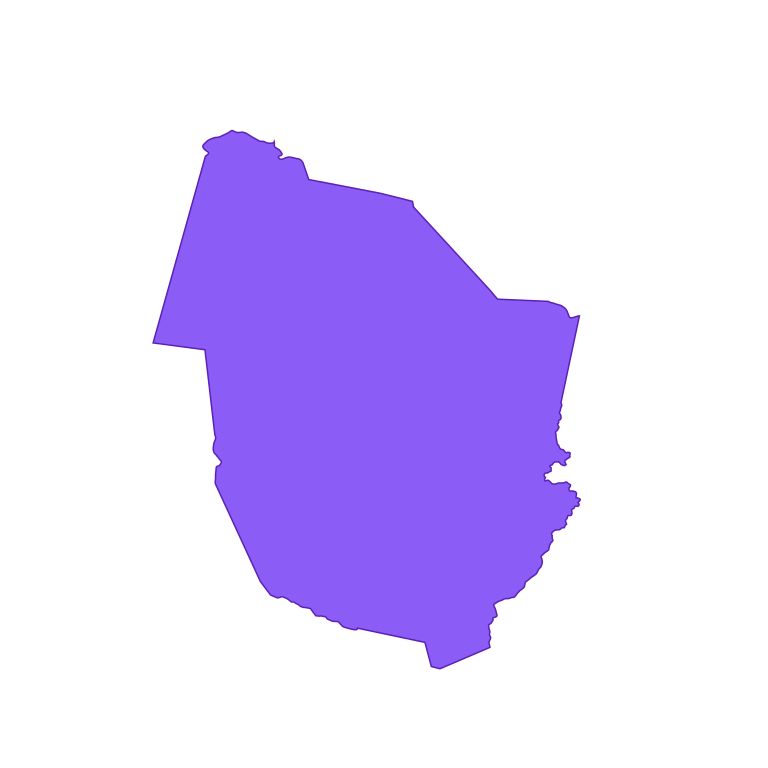 San Juan de Flores, Francisco Morazán, Honduras (Robinson projection), rotated 72°
{"feature_id": "27666195B42566611093852", "entity_name": "San Juan de Flores", "entity_type": "district", "adm_level": 2, "iso_a3": "HND", "parent_name": "Honduras", "parent_adm1": "Francisco Morazán", "projection": "robinson", "projection_center": [-86.926, 14.309], "detail": "fine", "context": "isolated", "style": "filled", "palette": "violet", "viewbox_px": 768, "rotation_deg": 72, "n_neighbors": 0, "source": "geoboundaries", "source_scale": "gbopen_adm2", "svg_char_len": 6115}
<svg xmlns="http://www.w3.org/2000/svg" viewBox="0 0 768 768"><g transform="rotate(72 384 384)"><path d="M667.3,426.3L672.1,418.8L667.2,364.6L665.8,364.4L663.4,364.3L662.5,364.1L661.0,363.2L658.7,361.1L657.5,360.9L655.8,361.1L654.5,361.1L654.1,360.9L653.3,360.2L652.1,359.8L648.2,359.6L646.8,359.2L645.7,359.1L645.3,358.6L644.7,356.1L644.0,355.5L642.5,353.5L642.0,353.1L640.6,353.0L640.4,352.9L640.2,352.8L640.1,351.8L640.1,350.3L640.0,349.5L639.7,348.6L639.4,348.2L639.2,348.1L637.9,347.9L635.5,347.8L633.0,347.6L631.6,347.7L629.5,348.0L628.2,348.0L627.6,347.8L626.2,342.5L626.1,341.1L626.0,337.8L625.7,337.1L625.6,336.3L625.8,334.4L626.4,332.6L626.6,331.6L626.5,328.5L626.6,327.8L627.0,326.8L627.0,326.3L626.8,325.7L626.1,324.3L624.6,322.3L622.5,318.7L621.8,316.4L621.2,314.8L620.6,313.6L620.0,313.0L617.1,311.4L616.4,310.9L616.1,310.6L614.6,306.4L613.9,304.9L612.1,299.1L611.5,297.7L610.0,296.0L609.0,295.1L608.2,294.4L606.5,291.4L605.5,290.5L604.0,289.3L602.8,288.7L601.8,288.3L599.6,288.0L597.1,288.0L596.6,287.9L596.4,287.7L595.8,286.8L595.1,285.0L594.3,283.7L593.3,280.2L592.7,278.8L592.1,278.3L591.3,278.0L588.4,276.2L588.0,275.7L586.6,274.3L585.6,272.2L585.3,272.0L584.7,271.7L582.2,271.6L580.3,270.9L579.4,271.0L578.6,270.9L577.8,270.6L577.2,270.1L576.7,269.2L576.1,267.4L575.8,266.5L576.8,262.0L576.5,260.9L576.0,259.8L575.9,259.4L576.0,258.3L576.3,257.3L576.3,256.8L574.4,255.3L574.1,254.6L574.0,253.9L573.9,253.7L573.3,253.6L571.5,253.8L570.7,253.8L570.1,253.6L569.4,253.0L568.5,251.5L566.2,250.0L565.9,249.5L566.5,248.2L566.7,246.9L566.5,246.3L565.9,245.7L565.4,245.3L564.8,245.1L561.9,244.5L561.2,244.0L561.1,243.7L561.1,242.0L560.6,241.4L559.7,240.6L559.3,239.9L559.4,239.2L560.0,238.1L560.2,237.3L560.1,236.7L559.6,236.1L559.1,235.8L558.4,235.6L556.9,235.9L556.4,235.9L556.0,235.2L555.8,234.4L555.6,234.0L554.9,233.2L554.3,233.0L553.6,233.4L552.3,234.9L552.1,235.1L552.0,235.9L551.7,236.3L551.3,236.6L547.9,234.8L546.7,234.8L545.7,235.1L544.0,237.6L543.7,239.5L543.6,239.9L543.3,240.2L542.8,240.5L541.5,240.6L540.2,240.4L540.0,240.2L539.2,238.7L538.9,238.4L537.9,237.9L537.3,237.9L537.0,238.1L536.4,238.8L536.0,239.2L535.3,239.6L534.2,240.2L533.5,240.9L533.5,244.1L532.1,248.6L532.0,252.5L531.5,253.8L530.9,254.8L530.1,255.5L528.6,256.0L527.3,256.8L526.3,257.6L526.0,258.1L526.1,260.4L525.9,260.7L525.6,260.9L525.0,261.0L524.3,260.7L523.6,260.1L523.1,259.4L522.7,259.3L522.0,259.7L521.2,260.0L520.8,260.1L520.4,260.0L519.7,259.7L519.3,259.3L518.9,258.7L518.6,258.1L518.6,257.4L519.0,256.6L519.2,255.8L519.0,255.1L518.6,253.9L518.5,253.1L518.6,252.5L518.5,252.1L517.9,251.7L517.0,251.6L515.2,250.9L514.5,251.4L514.0,251.6L513.5,251.7L513.1,251.5L512.9,251.3L512.8,250.9L512.9,249.8L512.8,248.9L511.7,247.6L511.1,246.5L511.0,246.0L511.0,245.5L511.9,242.3L513.2,241.2L514.7,240.7L515.8,239.9L516.7,238.8L517.2,238.0L517.4,237.4L517.2,236.5L517.0,235.7L513.8,236.0L513.2,235.9L512.5,235.4L512.3,235.0L512.3,234.2L511.8,233.2L511.5,232.1L511.2,230.3L511.0,229.9L510.7,229.6L510.3,229.5L509.5,229.5L508.8,229.3L508.0,228.6L507.5,228.4L507.2,228.4L506.8,228.5L506.4,228.9L506.1,229.5L505.8,230.4L505.7,231.6L505.3,232.4L501.9,233.9L500.7,235.9L500.2,236.3L499.7,236.6L497.4,236.9L496.2,236.9L495.3,237.5L494.1,237.7L487.4,236.7L486.6,236.5L485.4,236.0L484.0,236.0L483.2,235.9L482.7,235.5L482.3,235.1L482.0,234.5L481.8,233.8L481.5,233.3L479.6,231.2L479.0,231.0L478.4,231.0L477.0,231.3L475.9,231.3L475.6,231.2L475.2,230.4L474.6,229.7L474.3,229.6L473.6,229.6L472.8,229.1L472.5,228.7L472.5,227.9L472.3,227.4L471.8,226.7L471.4,226.3L470.1,225.9L468.3,225.5L467.2,225.7L466.3,226.2L465.9,226.2L465.1,225.7L463.8,224.6L461.1,223.1L460.3,222.2L459.3,221.6L457.9,221.3L456.5,221.5L379.6,177.1L379.3,178.5L379.3,181.5L379.1,184.6L378.9,185.7L378.4,186.5L378.0,186.9L377.2,187.1L372.5,187.3L370.4,187.5L368.3,188.2L366.7,189.2L364.0,191.4L361.0,195.9L359.5,197.8L358.5,199.6L357.1,201.4L356.2,202.2L338.4,249.8L327.6,254.2L224.9,301.2L219.1,300.5L201.7,328.2L166.3,392.4L148.4,392.7L146.8,393.2L145.8,393.6L144.9,394.1L144.1,394.9L143.2,396.2L142.0,398.5L140.9,400.1L139.5,402.6L138.9,404.0L138.6,404.8L138.5,405.8L138.5,407.8L138.7,410.3L138.6,412.3L138.3,412.8L137.9,413.4L137.1,414.0L135.8,414.3L135.4,414.3L135.2,414.2L134.9,413.5L134.8,411.8L134.6,410.6L134.2,410.1L133.5,409.8L131.7,410.2L129.0,411.2L127.9,412.1L125.5,414.2L125.0,414.5L124.2,414.6L123.2,414.6L122.7,414.5L121.0,413.8L119.6,413.6L120.5,414.4L120.0,417.5L118.6,420.7L117.2,422.3L116.2,423.3L114.7,427.2L107.7,433.6L103.5,437.1L102.7,437.8L101.4,439.7L100.6,441.1L100.4,441.8L100.3,442.9L100.1,443.8L99.7,445.2L99.1,446.4L98.1,447.9L97.0,448.8L96.3,449.5L96.0,450.1L95.9,450.8L96.1,451.7L96.7,453.2L97.3,456.7L98.1,463.3L98.1,464.4L98.0,466.0L97.5,467.9L97.4,468.9L97.4,472.1L97.7,474.8L98.1,476.6L98.8,478.2L100.2,481.0L100.8,482.0L101.3,482.5L101.8,482.8L102.5,483.0L103.6,482.9L104.5,482.6L105.7,482.1L109.3,479.5L109.8,479.3L110.3,479.5L110.8,480.0L111.4,481.1L111.9,482.4L112.1,483.4L273.6,590.9L296.1,543.7L327.5,550.0L379.6,560.5L381.0,560.5L383.1,560.6L385.0,561.8L387.6,564.0L392.2,566.3L393.5,566.6L395.5,566.9L397.3,566.7L397.8,566.5L398.8,565.8L400.4,565.4L402.2,564.5L404.8,563.7L406.8,562.8L407.4,562.7L407.9,562.7L408.4,562.9L409.0,563.5L409.8,564.5L410.5,565.5L410.8,566.4L410.7,568.0L411.0,568.8L411.2,569.2L418.6,572.4L421.5,573.3L425.0,574.8L426.8,575.2L533.7,562.6L549.6,557.1L554.1,552.0L554.4,551.4L554.7,550.9L554.7,550.1L554.7,547.0L554.9,546.6L555.2,546.0L557.6,543.2L558.5,542.3L559.5,541.5L562.6,539.5L563.0,538.7L563.2,537.7L563.7,536.9L564.7,536.2L565.5,535.5L567.2,533.8L569.6,532.2L570.5,531.2L571.5,529.8L572.2,528.1L573.9,524.8L574.8,523.5L575.1,523.2L575.9,522.9L579.5,521.9L580.8,521.3L582.3,520.9L583.3,520.5L584.8,517.3L585.0,516.1L585.5,514.8L587.0,512.2L587.6,511.4L588.0,511.1L589.2,510.8L590.0,510.5L593.0,507.2L593.7,506.3L594.2,505.2L595.2,502.6L595.6,501.6L595.9,501.1L596.9,500.4L598.5,499.8L601.5,498.4L602.3,497.7L603.0,497.0L604.9,494.1L605.9,492.7L608.4,488.4L609.0,486.6L609.0,485.5L608.8,485.0L608.0,484.7L642.4,424.9L667.3,426.3Z" fill="#8b5cf6" stroke="#5b21b6" stroke-width="1.5"/></g></svg>